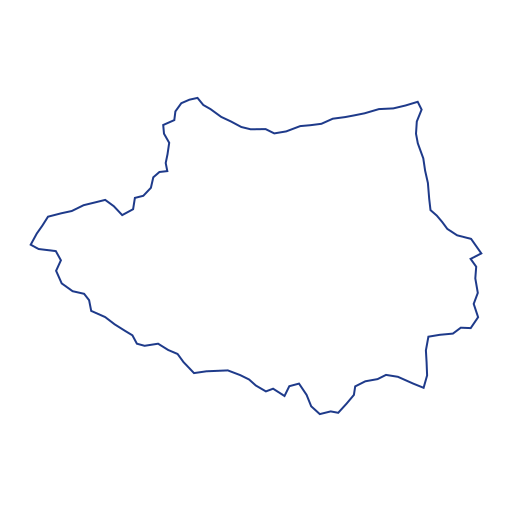 Santópolis do Aguapeí, São Paulo, Brazil (Mercator projection)
{"feature_id": "56859067B88002854016883", "entity_name": "Santópolis do Aguapeí", "entity_type": "district", "adm_level": 2, "iso_a3": "BRA", "parent_name": "Brazil", "parent_adm1": "São Paulo", "projection": "mercator", "projection_center": [-50.521, -21.661], "detail": "fine", "context": "isolated", "style": "outline", "palette": "blue", "viewbox_px": 512, "rotation_deg": 0, "n_neighbors": 0, "source": "geoboundaries", "source_scale": "gbopen_adm2", "svg_char_len": 1572}
<svg xmlns="http://www.w3.org/2000/svg" viewBox="0 0 512 512"><path d="M452.9,333.6L460.8,327.7L470.7,328.1L478.1,317.2L473.7,303.9L477.8,292.9L475.3,278.4L476.2,266.7L470.6,258.9L481.3,253.4L471.1,238.9L457.1,235.3L447.3,228.9L442.2,222.0L436.8,215.6L430.5,210.1L429.2,198.8L427.9,183.0L425.1,170.6L423.3,158.4L417.8,143.3L416.0,133.7L416.8,121.5L421.6,109.6L417.7,101.8L405.5,105.5L393.3,108.4L378.9,109.1L364.6,113.3L353.6,115.5L345.0,117.1L332.8,118.7L321.4,123.8L310.4,125.2L300.2,126.1L286.2,131.4L274.3,133.4L265.6,129.1L250.7,129.3L241.3,127.0L231.0,121.5L221.2,116.9L210.5,109.1L203.3,105.0L197.5,97.9L189.4,99.7L181.3,103.2L175.4,111.4L174.3,120.1L163.2,125.0L164.0,133.7L169.2,142.8L167.5,154.3L165.7,163.0L167.3,171.1L159.4,172.0L153.3,177.3L150.9,187.8L143.3,195.8L134.9,197.9L133.1,209.2L122.2,215.1L113.8,206.2L105.2,199.9L94.7,202.5L83.6,205.2L71.8,211.0L61.2,213.3L48.0,216.7L42.3,225.7L36.8,233.5L30.7,244.7L38.5,249.0L55.8,251.1L60.9,260.3L56.1,270.8L61.7,283.4L72.6,291.2L84.1,293.8L89.1,300.2L91.2,310.9L105.2,317.1L114.6,324.3L125.1,330.9L132.4,335.3L136.9,343.7L144.6,345.8L158.1,343.7L168.2,350.0L177.6,354.0L183.5,362.1L194.0,373.1L206.4,371.3L227.8,370.4L240.2,375.1L249.1,379.5L255.8,385.5L265.9,391.4L273.1,388.7L284.5,396.0L289.3,386.2L299.0,383.6L306.6,394.9L311.2,406.3L319.8,414.1L330.7,411.4L338.2,412.8L346.6,403.6L353.9,394.9L355.2,386.4L365.3,381.3L377.6,379.1L386.0,374.9L397.9,376.8L413.2,383.6L423.6,387.8L427.1,375.4L426.6,362.6L425.9,350.4L428.4,336.7L439.8,334.8L452.9,333.6Z" fill="none" stroke="#1e3a8a" stroke-width="2"/></svg>